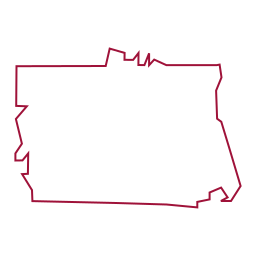 Calhoun, Georgia, United States of America (Equal Earth projection)
{"feature_id": "52423323B2673135153008", "entity_name": "Calhoun", "entity_type": "district", "adm_level": 2, "iso_a3": "USA", "parent_name": "United States of America", "parent_adm1": "Georgia", "projection": "equal_earth", "projection_center": [-84.612, 31.536], "detail": "fine", "context": "isolated", "style": "outline", "palette": "rose", "viewbox_px": 256, "rotation_deg": 0, "n_neighbors": 0, "source": "geoboundaries", "source_scale": "gbopen_adm2", "svg_char_len": 623}
<svg xmlns="http://www.w3.org/2000/svg" viewBox="0 0 256 256"><path d="M16.5,66.2L16.2,105.9L26.8,106.3L15.9,119.0L21.9,143.7L15.4,153.4L15.4,160.5L22.5,160.4L28.2,153.4L27.9,173.8L22.1,174.1L32.0,190.1L32.4,201.1L116.1,203.0L166.5,204.5L197.3,207.4L197.3,201.9L209.6,199.4L209.6,192.5L221.1,187.6L227.6,197.4L220.9,201.0L231.0,201.0L240.6,186.0L229.5,148.8L221.3,121.8L217.1,118.7L216.1,90.6L221.5,77.4L219.6,64.6L216.9,65.1L166.3,65.1L154.2,59.6L149.1,65.2L149.1,53.3L144.4,65.1L138.4,65.0L138.5,53.0L133.1,59.9L124.5,59.8L124.6,52.9L109.7,48.6L105.7,66.0L16.5,66.2Z" fill="none" stroke="#9f1239" stroke-width="2"/></svg>